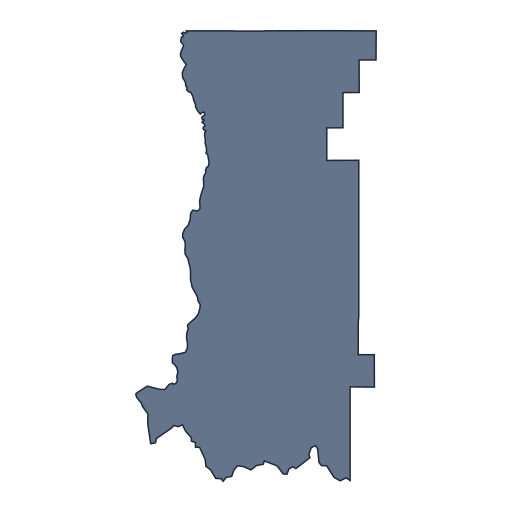 Stevens, Washington, United States of America
{"feature_id": "52423323B13893996833484", "entity_name": "Stevens", "entity_type": "district", "adm_level": 2, "iso_a3": "USA", "parent_name": "United States of America", "parent_adm1": "Washington", "projection": "mercator", "projection_center": [-118.088, 48.397], "detail": "fine", "context": "isolated", "style": "filled", "palette": "slate", "viewbox_px": 512, "rotation_deg": 0, "n_neighbors": 0, "source": "geoboundaries", "source_scale": "gbopen_adm2", "svg_char_len": 2863}
<svg xmlns="http://www.w3.org/2000/svg" viewBox="0 0 512 512"><path d="M150.7,443.7L155.4,442.9L156.6,438.3L170.7,428.7L174.1,425.5L178.2,426.7L182.5,424.8L185.5,431.1L191.3,437.7L191.4,441.1L195.4,442.6L195.5,447.3L199.5,447.2L205.2,459.3L205.9,466.4L210.5,469.7L215.7,478.4L221.1,478.7L223.1,481.3L226.2,477.4L231.7,476.4L234.0,469.9L237.5,465.8L243.5,466.6L251.0,469.9L256.6,465.5L263.2,464.3L264.4,460.9L276.9,465.8L279.4,468.9L283.1,473.9L286.9,474.3L288.9,469.0L292.7,466.7L295.9,468.6L309.9,457.7L308.9,454.4L311.2,447.7L315.4,445.6L317.6,448.8L319.0,462.4L321.4,465.6L326.6,465.8L334.0,477.3L340.1,480.8L346.1,477.9L350.1,480.5L350.1,386.9L374.4,387.1L374.3,354.7L358.2,354.7L358.3,321.8L358.8,316.3L358.8,160.3L326.8,160.4L326.8,127.9L343.0,127.8L343.0,92.6L359.2,92.5L359.1,60.0L376.0,60.0L376.2,30.9L332.3,30.7L265.7,30.8L263.7,31.1L234.8,31.1L234.6,30.9L186.2,30.9L186.7,32.6L184.9,33.2L183.6,32.2L181.6,33.4L182.8,34.7L183.1,36.5L181.5,37.1L180.6,41.6L182.0,43.0L183.7,45.4L182.9,47.3L181.3,50.9L180.4,54.3L180.8,56.8L183.5,61.0L185.2,63.1L186.1,64.3L185.5,65.9L184.0,68.5L182.4,72.5L182.4,75.0L182.8,78.2L184.2,80.0L185.5,82.8L185.7,85.5L187.1,88.0L186.7,89.8L188.9,92.0L190.7,92.2L192.9,96.4L193.7,100.3L195.4,104.3L195.6,107.1L197.3,110.3L199.0,112.7L200.4,114.1L201.4,112.7L204.0,112.1L204.3,112.8L204.9,114.6L204.0,115.7L201.9,117.0L201.9,118.3L202.3,119.3L203.3,119.5L203.5,119.4L204.0,120.0L204.1,120.5L203.3,121.2L202.5,121.2L202.2,122.6L203.2,123.3L204.2,124.1L204.7,125.0L204.8,126.2L203.6,126.9L203.0,128.2L203.6,129.6L204.6,130.1L205.9,131.0L204.7,132.6L204.6,135.7L205.3,139.6L205.1,142.8L206.5,148.5L206.5,151.3L206.0,152.5L206.2,153.5L207.1,153.6L208.0,156.2L208.3,158.4L209.1,161.9L208.4,166.2L206.3,167.7L206.0,169.8L205.4,170.4L205.7,171.0L205.8,171.7L205.6,173.2L204.3,174.9L203.4,178.1L203.6,182.6L203.8,186.2L202.4,190.1L200.7,195.7L199.6,201.0L199.9,205.6L200.0,208.6L197.6,211.1L195.2,210.6L192.9,210.1L190.8,212.9L190.4,215.3L190.3,219.0L189.3,221.7L188.4,224.8L186.9,226.8L184.7,228.9L182.7,233.7L182.7,237.6L184.9,241.2L185.3,245.4L184.9,249.1L185.1,254.0L186.6,256.6L188.1,259.2L188.8,262.8L190.1,267.3L190.5,271.6L190.5,276.3L190.6,280.5L191.4,283.1L192.0,286.8L193.8,290.2L195.0,292.3L197.2,296.4L198.3,301.5L200.2,304.6L199.9,308.4L199.3,310.2L199.1,311.2L198.4,313.7L195.3,318.0L191.9,321.0L188.9,323.7L187.7,324.8L187.6,326.6L188.2,328.5L186.8,333.2L186.5,338.2L187.5,343.4L187.3,348.3L185.4,352.3L179.3,353.8L175.0,354.4L172.7,355.7L172.3,359.5L172.4,362.9L174.1,364.2L176.8,367.5L177.9,372.4L176.8,376.1L177.3,380.8L175.9,383.3L173.6,384.3L172.3,383.2L169.1,384.4L164.9,389.5L159.5,389.3L147.3,386.1L142.2,389.4L140.2,390.7L137.3,392.5L135.8,394.0L136.5,397.1L138.2,399.3L140.4,402.0L141.4,403.3L142.6,406.6L147.9,413.9L147.7,423.3L150.0,439.2L150.7,443.7Z" fill="#64748b" stroke="#1e293b" stroke-width="1.5"/></svg>